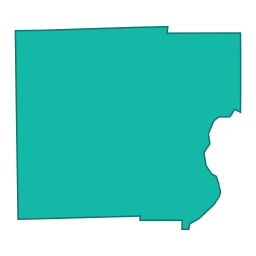 Clark, Illinois, United States of America (Equal Earth projection)
{"feature_id": "52423323B65580501583710", "entity_name": "Clark", "entity_type": "district", "adm_level": 2, "iso_a3": "USA", "parent_name": "United States of America", "parent_adm1": "Illinois", "projection": "equal_earth", "projection_center": [-87.661, 39.322], "detail": "fine", "context": "isolated", "style": "filled", "palette": "teal", "viewbox_px": 256, "rotation_deg": 0, "n_neighbors": 0, "source": "geoboundaries", "source_scale": "gbopen_adm2", "svg_char_len": 593}
<svg xmlns="http://www.w3.org/2000/svg" viewBox="0 0 256 256"><path d="M18.1,219.2L44.9,218.6L140.3,216.0L139.9,220.2L182.1,220.3L182.0,229.3L188.7,229.3L189.8,223.7L198.9,218.7L214.0,204.5L219.4,196.3L220.5,191.9L218.4,182.9L216.3,176.4L211.7,174.0L206.7,166.6L206.0,165.6L203.9,152.6L209.8,143.9L209.6,142.0L208.4,133.8L213.7,120.9L218.7,116.9L229.9,116.8L234.8,109.2L240.5,112.3L240.6,94.1L240.6,57.8L240.6,57.1L240.6,49.9L240.5,39.6L240.5,37.7L240.5,33.0L167.0,33.2L167.8,26.7L131.8,27.5L40.6,30.4L15.4,30.7L16.2,93.2L18.1,219.2Z" fill="#14b8a6" stroke="#0f766e" stroke-width="1.5"/></svg>